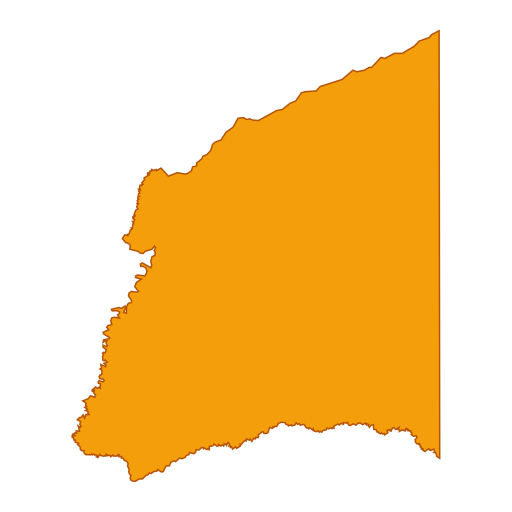 Puerto Gaitán, Meta, Colombia
{"feature_id": "7082276B98813411003149", "entity_name": "Puerto Gaitán", "entity_type": "district", "adm_level": 2, "iso_a3": "COL", "parent_name": "Colombia", "parent_adm1": "Meta", "projection": "albers", "projection_center": [-71.987, 4.086], "detail": "fine", "context": "isolated", "style": "filled", "palette": "amber", "viewbox_px": 512, "rotation_deg": 0, "n_neighbors": 0, "source": "geoboundaries", "source_scale": "gbopen_adm2", "svg_char_len": 6043}
<svg xmlns="http://www.w3.org/2000/svg" viewBox="0 0 512 512"><path d="M103.1,347.4L106.3,349.6L105.3,352.8L103.6,352.3L102.5,353.2L103.6,355.0L102.5,356.5L102.8,360.1L104.2,360.9L105.1,359.9L107.2,362.2L103.9,363.4L105.9,365.2L105.5,366.7L100.8,364.5L101.6,368.1L100.0,369.0L101.9,370.1L101.8,374.3L99.8,375.2L99.1,376.8L99.9,378.8L103.1,379.0L104.3,380.6L102.9,381.9L99.1,380.7L98.1,382.1L98.3,383.2L100.4,383.8L100.3,388.2L99.2,387.1L97.3,388.3L95.6,386.9L92.0,390.2L92.4,391.5L94.4,390.3L93.8,393.0L95.6,394.9L94.7,397.2L90.4,395.8L88.2,398.7L82.8,400.9L86.1,403.1L85.5,405.0L86.7,406.6L84.8,407.4L87.4,409.2L85.5,410.6L88.2,411.4L87.9,412.9L89.0,414.5L85.8,414.5L84.7,418.2L83.1,414.8L81.4,417.3L79.4,417.6L77.3,419.8L80.7,421.6L79.8,424.2L81.1,426.4L80.1,427.4L78.2,425.9L79.5,431.3L76.2,430.8L76.7,433.3L75.3,432.8L72.5,434.4L72.3,435.4L73.8,434.5L75.0,435.7L72.3,436.3L72.3,437.5L73.4,437.9L74.1,440.2L75.3,440.1L75.2,442.2L78.5,443.4L77.6,444.4L80.4,447.3L80.2,449.0L81.4,450.6L84.1,450.8L84.0,452.8L85.6,454.6L90.8,454.8L91.6,454.0L92.4,454.9L94.0,454.1L94.5,455.0L96.9,455.2L97.6,456.3L96.5,456.9L97.9,457.5L99.8,454.5L100.1,455.4L103.9,456.2L106.0,455.3L106.2,454.2L107.1,454.9L106.5,455.8L109.9,455.3L110.6,456.7L112.9,455.0L113.4,456.1L117.5,456.0L118.1,454.4L119.2,454.9L119.0,456.7L121.5,456.5L121.3,458.0L123.6,458.5L124.1,460.2L126.7,461.4L128.1,463.5L127.6,466.2L129.2,469.4L128.7,471.8L129.6,474.4L131.0,475.3L130.1,478.2L131.0,480.2L132.6,481.0L135.2,481.3L139.4,478.9L142.3,479.0L146.4,475.1L147.8,475.0L149.3,472.8L151.2,473.6L153.4,471.7L156.9,471.1L157.7,469.6L161.5,472.0L163.2,471.7L166.0,466.0L169.4,465.9L170.9,462.2L173.7,460.9L175.6,461.6L179.7,458.0L181.8,458.8L185.1,457.4L186.3,455.5L188.9,454.6L189.5,452.5L193.8,453.7L195.7,452.2L196.0,449.7L198.9,450.0L201.4,447.7L203.4,447.5L203.5,448.7L204.4,448.1L206.8,449.6L208.0,448.7L209.2,449.7L209.4,446.4L212.7,445.9L214.0,444.0L216.8,446.2L218.7,445.8L218.6,444.5L220.9,446.0L222.2,444.9L223.7,446.0L224.2,443.8L224.9,444.5L226.4,444.0L226.6,445.1L227.9,442.5L229.5,443.8L228.8,445.9L230.1,445.6L230.4,447.4L231.6,446.9L232.5,449.1L235.6,446.9L236.5,448.4L240.3,446.1L240.1,444.2L241.1,444.5L244.7,440.7L246.3,440.9L246.2,439.0L249.4,440.1L250.2,439.1L251.8,441.4L253.7,438.4L255.2,438.9L255.7,437.4L257.9,437.7L258.6,436.1L258.0,435.2L262.1,431.9L263.3,431.8L264.0,433.5L266.8,433.4L268.1,432.4L269.5,427.4L272.2,428.4L273.0,426.8L273.7,427.5L275.0,426.2L276.7,426.6L278.4,423.4L281.3,422.2L285.3,422.7L286.0,424.4L288.0,424.7L288.4,425.9L291.4,424.9L291.9,425.9L294.7,425.2L296.1,422.8L297.6,424.3L299.4,423.7L300.2,425.1L304.0,424.4L306.5,428.0L308.6,427.9L308.9,428.7L309.7,427.9L312.9,430.2L313.3,428.8L314.3,431.1L316.4,431.7L318.4,430.7L319.3,432.2L320.3,431.4L321.8,432.2L322.5,430.7L326.3,429.8L326.9,428.0L328.8,428.8L330.9,427.9L331.9,428.6L332.3,427.8L334.0,428.3L333.8,426.3L337.9,424.0L339.3,425.0L340.9,423.4L343.4,424.3L343.4,422.6L346.5,423.1L347.5,422.3L348.5,424.9L350.0,425.6L353.4,423.8L355.9,425.2L358.0,423.2L360.4,423.1L362.7,424.7L364.8,423.4L366.2,424.5L366.0,423.4L368.8,424.6L368.1,425.6L369.4,427.3L371.2,425.2L373.4,424.8L373.7,429.4L375.9,429.5L377.2,432.1L378.4,432.0L378.9,433.2L380.5,433.8L381.6,432.7L382.9,434.1L384.2,433.7L384.7,434.9L387.9,432.7L387.1,430.3L389.9,429.6L389.5,430.6L391.0,431.2L392.5,428.0L393.9,427.7L395.8,429.5L398.9,427.5L398.1,429.6L400.1,430.4L399.7,431.2L402.5,429.9L405.1,431.0L406.0,428.4L407.6,429.1L406.9,429.8L408.4,430.0L408.1,430.7L410.5,430.8L410.0,431.3L411.8,433.0L411.2,434.5L413.5,436.2L416.3,435.9L416.9,437.7L415.2,439.5L415.5,442.2L416.9,443.7L419.4,443.7L418.9,444.5L420.3,445.3L420.2,446.9L421.3,447.1L421.3,449.0L423.0,448.7L422.8,450.1L424.9,451.5L428.8,448.7L429.5,449.5L429.8,448.7L429.6,450.0L430.7,450.5L433.8,449.1L434.7,451.5L433.8,452.4L435.8,452.9L436.8,456.4L439.7,458.3L439.1,30.7L431.3,34.8L429.4,37.5L419.2,41.1L414.0,46.4L402.2,53.4L394.7,53.3L384.7,58.4L381.0,57.4L371.5,67.5L369.4,67.3L364.5,70.2L356.8,71.8L352.9,70.2L342.1,79.5L320.2,86.5L316.2,90.9L305.0,91.7L301.4,92.9L295.6,101.1L289.9,103.4L282.3,109.5L276.7,110.5L258.5,120.5L252.6,120.1L250.0,118.9L246.2,119.4L243.4,117.6L237.9,118.3L233.2,127.1L226.0,132.3L221.1,139.9L215.3,142.1L212.6,144.3L210.8,150.3L207.0,154.5L203.1,156.2L201.6,159.0L196.7,163.0L196.6,165.8L192.6,167.0L191.4,170.8L187.8,173.4L185.0,174.0L177.2,172.7L168.4,176.2L161.0,168.1L156.4,170.8L156.2,169.5L153.9,170.3L151.6,169.5L151.8,170.9L150.1,171.0L149.8,173.2L148.4,172.8L148.8,174.6L147.7,173.8L147.9,175.4L144.0,178.2L144.5,179.9L141.9,182.5L143.0,184.2L141.9,184.2L141.8,185.5L140.1,185.1L139.5,188.1L140.2,189.1L138.7,189.2L140.1,190.7L138.7,191.1L139.8,193.3L138.7,193.7L138.2,196.1L139.0,196.4L137.9,197.0L137.8,198.9L138.7,199.3L137.2,200.8L137.8,202.5L137.0,203.6L138.4,203.7L136.7,206.8L137.9,208.9L135.6,210.3L134.3,214.2L134.8,215.3L134.0,215.3L134.8,216.5L134.0,217.3L132.9,216.8L132.9,218.7L134.6,219.6L133.7,222.0L132.7,221.6L133.7,223.7L132.9,223.8L132.3,228.5L131.3,228.1L131.7,229.3L130.3,230.1L129.0,234.1L127.5,234.4L127.8,235.6L124.8,234.9L122.3,238.5L125.5,242.5L128.8,243.6L130.4,245.6L129.8,249.3L137.6,251.1L139.9,252.9L143.1,253.5L145.2,251.2L151.9,249.3L154.4,246.2L155.6,247.6L154.1,250.9L155.2,252.3L155.0,255.4L152.0,256.7L150.8,261.4L151.7,265.2L150.9,267.8L142.3,262.9L140.3,264.2L140.7,266.4L143.2,266.4L145.7,267.9L146.9,270.5L146.6,272.8L144.9,276.0L138.0,275.0L135.9,275.7L135.5,277.5L141.3,279.2L136.4,282.4L134.8,286.7L138.5,291.4L136.3,292.2L131.4,291.4L129.0,293.2L128.5,295.9L131.8,301.0L131.0,302.7L128.6,303.1L127.6,304.4L126.5,307.4L126.4,313.3L123.7,312.3L125.5,307.9L125.0,306.0L121.3,308.5L119.0,307.5L111.4,309.3L112.3,310.9L116.9,310.7L119.4,311.9L119.6,313.4L117.5,314.9L119.4,318.0L114.4,317.2L111.7,318.0L110.7,320.8L111.9,324.6L107.8,325.6L106.7,327.4L108.7,329.8L103.2,332.2L103.6,333.9L109.7,337.7L109.1,338.7L103.5,339.9L103.2,342.4L105.2,340.8L106.9,340.9L106.0,342.6L107.2,345.4L106.7,346.7L103.0,345.1L103.1,347.4Z" fill="#f59e0b" stroke="#b45309" stroke-width="1.5"/></svg>